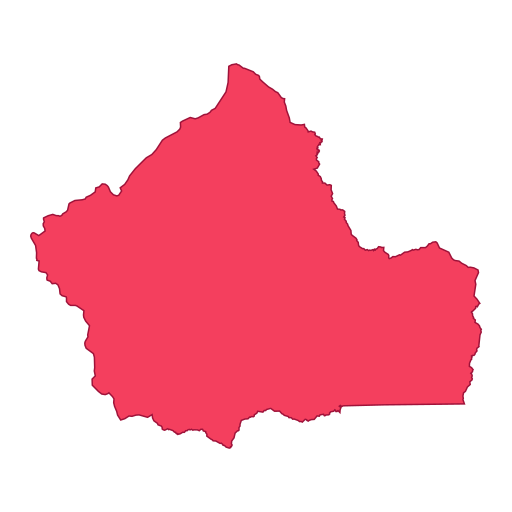 Gualaquiza, Morona Santiago, Ecuador (Albers equal-area conic projection)
{"feature_id": "8360857B90160317571497", "entity_name": "Gualaquiza", "entity_type": "district", "adm_level": 2, "iso_a3": "ECU", "parent_name": "Ecuador", "parent_adm1": "Morona Santiago", "projection": "albers", "projection_center": [-78.568, -3.327], "detail": "fine", "context": "isolated", "style": "filled", "palette": "rose", "viewbox_px": 512, "rotation_deg": 0, "n_neighbors": 0, "source": "geoboundaries", "source_scale": "gbopen_adm2", "svg_char_len": 6029}
<svg xmlns="http://www.w3.org/2000/svg" viewBox="0 0 512 512"><path d="M464.4,403.9L462.9,399.5L463.3,398.5L462.9,396.0L463.6,392.7L465.4,391.4L467.4,387.0L470.2,384.5L469.8,381.8L472.0,379.9L472.3,378.7L471.6,377.5L472.2,375.9L471.7,374.1L470.8,373.3L472.5,371.7L472.6,370.4L473.1,369.7L471.5,367.6L469.4,366.4L469.5,363.3L470.9,359.9L471.6,359.3L471.6,357.2L472.1,356.9L471.5,356.0L472.4,355.4L473.9,355.4L474.8,354.5L475.3,352.9L477.0,350.9L476.6,349.9L476.9,348.3L479.0,346.6L478.8,346.0L480.0,334.8L481.2,332.2L480.8,330.1L481.3,329.3L479.9,327.5L479.6,326.1L478.1,324.2L475.0,322.4L475.3,320.0L473.4,318.3L473.6,317.5L472.7,316.0L472.4,313.4L471.4,312.3L471.6,311.7L472.6,311.2L475.6,308.3L475.7,306.6L476.2,306.3L477.3,306.8L478.8,304.0L479.8,303.4L476.9,299.1L474.0,296.0L475.8,284.3L475.0,280.6L478.5,272.6L478.0,270.0L473.9,267.9L470.3,267.2L468.2,267.4L466.3,265.6L461.6,263.2L459.1,261.1L455.0,260.5L453.5,259.8L451.7,258.0L448.8,252.2L439.5,248.0L437.1,242.9L435.8,241.8L432.7,242.2L430.5,243.7L429.0,243.8L427.4,246.0L425.5,247.6L420.7,247.6L419.2,249.5L417.4,249.8L415.9,249.3L413.3,250.1L412.3,249.6L411.8,250.2L407.8,251.9L404.6,252.2L400.4,255.2L399.5,254.8L395.5,256.7L392.8,256.6L391.1,258.0L389.3,258.6L388.7,257.8L388.8,255.6L388.3,254.5L384.7,252.1L383.5,250.6L383.8,247.4L381.5,247.5L380.9,247.0L378.6,246.7L377.2,248.6L375.6,249.2L375.3,250.1L374.7,250.1L374.4,249.4L373.5,250.5L373.0,249.6L370.8,250.4L369.6,250.1L368.6,250.6L367.3,249.6L365.3,250.2L363.8,248.6L362.5,248.6L359.4,246.6L358.6,245.4L358.2,242.3L356.7,240.6L357.0,239.9L356.0,238.2L352.0,235.2L351.2,234.1L350.9,230.5L347.9,225.5L347.6,224.1L346.2,222.5L346.2,221.2L344.5,219.3L345.0,217.6L343.8,217.0L345.0,215.2L344.5,213.8L344.7,211.4L342.7,209.9L340.7,209.9L340.0,209.3L337.5,209.1L336.3,206.0L333.7,202.6L333.4,201.5L332.1,201.2L331.9,199.6L332.5,198.6L331.2,196.2L332.6,193.6L331.1,189.8L331.3,185.4L329.8,184.7L327.1,185.1L324.9,183.1L322.4,183.0L322.5,181.6L321.5,180.6L321.2,178.5L320.3,176.6L318.2,175.2L318.3,174.1L316.3,171.1L313.8,169.2L317.3,168.1L319.6,164.1L318.7,162.8L318.7,161.7L316.5,160.1L316.4,158.6L317.2,157.6L315.9,155.8L316.8,155.3L317.2,152.6L317.7,153.6L318.3,152.3L319.2,151.7L318.9,151.0L319.1,150.6L318.6,150.5L318.9,150.1L317.0,149.1L316.9,148.3L317.9,147.8L317.3,146.9L319.0,144.3L319.6,144.8L320.3,144.7L319.9,142.7L320.7,142.8L320.9,142.2L321.7,142.0L322.1,141.2L321.4,140.4L322.1,139.9L322.3,139.0L320.4,138.8L319.3,137.1L318.4,137.2L317.7,136.5L316.2,136.1L314.8,134.6L315.3,133.9L314.7,132.2L312.6,131.9L311.0,131.1L308.2,131.9L308.0,130.8L305.9,127.8L304.7,127.0L304.4,124.4L301.2,125.0L295.0,124.6L290.1,122.4L289.3,117.9L286.6,110.4L285.8,106.0L284.3,102.1L284.6,98.7L283.2,98.6L281.3,97.6L277.8,92.7L275.4,91.6L272.5,89.2L268.5,86.9L262.5,81.7L259.8,79.1L259.4,76.5L258.6,75.4L255.7,74.3L253.3,71.8L244.6,68.3L243.4,68.3L239.0,65.0L237.6,64.7L236.5,63.9L231.9,64.7L228.8,66.3L228.1,82.5L226.0,91.9L215.2,108.4L211.5,110.3L210.0,112.3L207.1,114.2L204.1,114.6L198.1,117.9L195.2,118.8L190.2,117.5L182.5,121.1L180.4,122.5L180.6,127.1L179.8,129.1L177.0,131.9L165.3,138.0L162.4,140.2L156.3,149.6L151.9,154.5L146.3,157.8L135.4,168.6L129.6,175.9L127.9,179.8L124.7,184.4L120.2,187.8L121.6,191.0L118.7,195.3L116.8,195.9L113.4,194.8L110.4,191.8L108.4,187.1L107.2,185.6L105.2,184.2L102.2,183.9L99.2,186.9L95.8,187.9L95.2,191.9L90.5,195.3L86.2,197.2L85.2,199.0L82.1,199.8L74.9,200.5L69.9,203.0L69.0,203.9L67.6,210.2L66.2,211.8L62.7,213.9L62.0,215.1L60.7,216.0L59.7,216.3L58.8,215.7L56.1,215.6L52.8,214.4L48.2,215.7L43.6,217.9L43.5,219.0L44.3,221.8L43.2,223.7L43.3,225.9L44.7,228.4L45.1,231.0L38.8,235.6L34.2,232.9L33.1,232.7L32.1,233.2L31.1,234.5L30.7,236.1L31.3,238.1L35.6,245.5L36.6,252.8L36.4,258.2L36.9,259.1L36.8,260.4L39.1,261.0L38.4,269.1L39.0,270.6L41.3,271.8L45.9,272.6L47.6,274.9L46.8,277.9L47.0,279.9L47.4,280.2L50.2,281.2L52.2,283.7L55.7,283.3L57.9,284.8L59.5,288.6L60.1,293.9L62.1,295.7L66.1,296.8L66.5,297.8L66.5,301.6L68.6,304.2L70.6,305.4L75.4,305.4L77.0,306.0L83.9,310.7L83.5,315.0L83.8,317.3L85.6,321.0L89.5,325.7L87.7,335.0L88.0,336.8L85.3,341.3L84.8,343.1L85.0,345.3L86.2,348.3L93.4,353.6L94.4,357.2L94.7,367.7L94.3,371.0L95.3,375.9L92.1,379.1L92.3,385.2L98.4,391.4L101.7,394.0L105.2,394.6L107.9,393.6L108.9,392.8L112.6,396.7L114.0,398.9L113.7,402.7L114.6,406.4L116.7,411.4L117.6,415.1L120.7,420.0L124.8,418.7L129.0,416.0L132.0,416.3L136.0,415.1L139.1,414.9L147.6,417.3L152.1,414.6L152.6,418.0L153.9,420.8L157.5,423.4L158.0,424.8L161.4,426.1L162.2,427.5L162.2,429.0L163.3,429.8L164.7,430.2L167.8,428.7L168.6,429.6L169.4,429.3L173.0,430.6L174.4,432.1L175.7,432.3L176.0,433.3L177.6,434.3L177.8,433.7L178.7,434.2L180.4,433.7L182.6,432.3L184.4,432.3L185.7,430.7L187.1,430.7L187.8,429.9L189.3,429.4L190.0,429.9L191.5,429.3L192.9,430.2L193.7,429.8L197.5,429.9L199.3,430.7L200.8,429.3L202.6,429.3L203.3,430.9L205.7,431.6L205.7,432.6L206.9,434.2L206.8,436.1L211.3,439.4L212.4,439.8L213.1,440.8L215.8,441.0L220.1,443.4L221.4,443.2L223.1,444.9L223.1,445.3L224.5,445.5L226.1,447.1L229.3,448.1L230.4,447.7L230.5,446.6L231.3,446.6L230.9,447.3L232.1,445.0L231.4,443.8L231.7,441.0L234.0,437.9L235.1,433.1L237.5,430.8L238.5,430.7L239.0,430.1L239.0,427.5L240.0,426.1L240.0,424.3L241.3,420.4L245.0,419.0L248.0,418.8L249.6,417.1L250.5,417.2L251.3,416.6L253.5,416.7L254.2,416.1L254.3,414.8L256.8,413.2L257.7,411.3L262.9,412.1L264.2,410.5L265.7,410.5L266.5,409.5L270.2,408.5L270.9,408.5L274.5,411.2L279.6,411.1L281.9,413.7L283.3,414.3L284.2,415.3L288.3,416.5L288.9,417.6L291.3,417.7L292.7,419.2L294.1,419.0L298.2,420.5L299.6,421.6L301.2,421.5L302.3,422.1L305.2,419.3L306.7,419.7L306.8,420.3L308.2,421.1L309.1,420.4L311.3,419.6L314.2,419.4L317.1,415.9L319.3,416.2L320.1,414.8L323.6,414.3L324.2,415.6L324.8,415.8L326.0,415.0L328.8,414.8L329.7,413.9L329.6,412.9L330.7,411.8L333.8,411.2L334.8,409.8L335.5,410.3L335.9,411.5L337.0,411.5L338.0,410.6L339.9,412.5L340.1,409.9L340.9,407.6L339.3,406.2L340.3,405.4L341.8,406.5L343.2,405.8L384.2,404.8L464.4,403.9Z" fill="#f43f5e" stroke="#9f1239" stroke-width="1.5"/></svg>